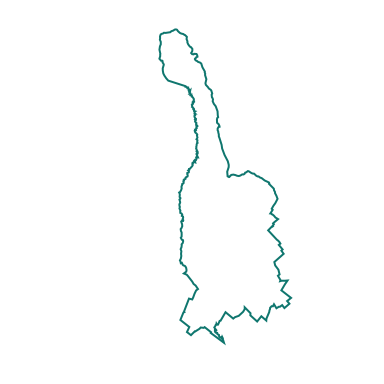 Paunesti, Vrancea, Romania, rotated 56°
{"feature_id": "2599482B39426936483061", "entity_name": "Paunesti", "entity_type": "district", "adm_level": 2, "iso_a3": "ROU", "parent_name": "Romania", "parent_adm1": "Vrancea", "projection": "robinson", "projection_center": [27.063, 46.027], "detail": "fine", "context": "isolated", "style": "outline", "palette": "teal", "viewbox_px": 384, "rotation_deg": 56, "n_neighbors": 0, "source": "geoboundaries", "source_scale": "gbopen_adm2", "svg_char_len": 6094}
<svg xmlns="http://www.w3.org/2000/svg" viewBox="0 0 384 384"><g transform="rotate(56 192 192)"><path d="M339.1,173.7L335.6,174.1L335.2,169.1L323.5,172.9L320.5,166.6L318.8,162.3L317.4,164.8L315.7,167.3L315.2,168.8L314.5,167.9L309.5,167.6L309.3,165.5L304.7,163.8L299.4,164.1L296.1,162.9L294.5,150.6L290.6,150.7L290.3,149.0L284.4,149.6L284.2,147.6L282.2,147.5L280.1,147.9L279.1,148.3L266.4,150.3L265.3,145.0L265.7,144.8L265.6,143.9L265.1,143.9L264.5,142.2L263.4,142.4L263.2,141.8L262.6,135.8L259.8,137.1L257.5,137.3L255.5,137.9L255.1,138.3L254.0,138.5L253.6,139.0L251.9,135.1L250.5,135.3L248.9,132.1L247.9,129.3L245.5,124.9L242.2,124.1L239.4,123.8L238.5,123.2L236.4,123.0L235.0,122.3L228.3,123.6L228.0,123.0L227.1,122.9L223.1,125.3L219.4,126.5L218.1,127.5L216.3,128.1L215.9,128.8L214.6,129.6L211.5,130.3L210.7,131.3L209.6,132.1L206.5,133.4L205.9,134.0L206.0,136.2L205.7,137.1L206.3,138.2L206.3,139.4L205.5,140.5L205.4,142.7L205.0,144.2L203.7,145.6L202.3,146.5L200.7,148.0L199.8,149.9L200.2,151.7L199.9,152.4L200.4,152.8L200.3,153.0L198.9,153.7L194.9,151.5L191.9,147.7L190.1,146.4L186.5,145.1L179.5,144.3L174.1,143.0L172.8,142.7L169.5,141.1L162.5,139.0L161.0,138.7L159.1,137.5L157.5,137.0L156.4,136.4L155.1,136.2L153.7,135.2L152.8,133.3L153.3,132.7L152.9,132.4L150.8,132.0L148.6,132.5L145.7,130.7L144.8,129.7L144.6,128.5L142.9,127.8L139.4,125.7L134.2,124.4L131.1,124.6L128.3,124.1L127.1,122.9L125.8,122.5L124.6,122.5L122.3,121.3L121.7,120.2L118.8,119.3L117.8,119.3L115.5,120.2L114.3,120.1L110.9,120.6L109.3,120.0L106.5,117.0L102.4,115.8L101.1,114.8L100.0,114.6L99.3,114.0L94.4,113.6L90.7,112.5L89.1,113.0L87.6,114.2L86.4,114.5L85.0,115.3L83.9,115.4L83.4,115.3L83.1,114.9L83.0,113.5L82.7,113.2L82.9,111.8L81.5,111.2L80.1,111.1L78.6,113.0L78.8,113.7L77.8,114.8L76.3,115.0L75.6,113.4L75.0,112.7L73.6,111.7L71.4,111.8L71.1,112.2L69.7,112.5L67.5,112.6L65.4,112.2L64.5,111.5L62.2,111.0L60.5,109.5L58.0,110.0L57.6,110.4L56.3,110.8L54.5,112.4L53.3,113.1L50.8,113.7L49.1,113.7L48.2,114.4L47.7,115.5L47.7,117.3L47.2,119.0L47.2,119.8L47.4,120.6L45.3,125.0L44.3,126.2L44.4,127.3L43.9,128.8L43.9,129.9L45.1,131.5L46.9,132.6L47.8,133.5L50.0,133.9L52.1,135.3L53.3,137.1L55.8,139.4L59.8,141.0L60.2,141.5L61.6,142.4L63.3,144.5L65.9,144.2L66.6,143.2L67.0,143.2L68.3,144.0L69.4,143.9L70.7,144.2L73.1,147.1L75.2,148.4L77.7,149.5L80.1,149.8L83.4,149.8L86.4,149.4L100.5,138.3L101.1,138.6L101.5,137.9L102.5,137.6L103.0,137.0L103.6,137.8L104.3,137.4L104.3,137.0L106.2,137.2L106.1,138.0L106.4,138.1L107.0,137.7L106.8,136.7L107.7,137.6L107.8,138.4L108.9,138.2L109.2,139.1L109.6,138.6L110.6,138.7L110.9,138.0L111.2,138.2L111.3,139.0L112.2,138.3L112.9,138.8L113.3,138.5L114.6,138.4L116.1,138.5L117.3,139.8L117.9,139.5L118.4,139.8L118.4,140.6L118.0,140.5L117.8,141.1L118.4,141.6L118.9,141.2L119.6,142.2L119.5,143.1L119.6,143.4L121.2,143.9L121.5,144.4L122.2,144.1L124.3,143.9L124.8,144.2L124.6,144.6L125.4,144.6L126.0,145.0L126.9,144.3L126.9,145.1L128.4,145.7L129.1,145.5L128.8,146.2L130.1,146.5L130.1,147.2L131.0,147.9L132.7,148.0L132.8,148.3L133.4,148.6L133.3,147.9L133.6,147.8L134.4,148.5L134.0,149.2L134.9,149.4L135.4,150.1L137.1,149.8L137.2,150.1L137.9,150.3L138.1,150.7L138.6,150.7L139.0,151.1L139.9,150.6L140.4,150.6L140.5,151.0L140.0,151.5L141.3,152.6L141.7,152.5L142.0,153.7L142.7,154.0L142.2,154.6L142.5,154.7L142.7,155.5L143.3,155.7L144.0,155.6L144.4,156.0L146.4,155.5L147.5,155.6L147.9,156.3L150.0,157.1L150.8,158.8L152.1,158.5L153.5,159.8L154.4,159.9L154.4,160.6L155.2,161.6L156.2,162.3L157.0,163.3L157.9,163.7L158.3,164.3L159.8,164.5L160.3,164.8L160.8,165.5L161.2,165.4L161.4,164.8L162.0,164.9L163.1,165.7L162.7,166.6L163.0,167.1L164.4,167.1L165.2,168.3L166.2,167.6L166.7,167.7L165.9,168.7L166.0,169.5L167.0,169.7L167.8,170.9L167.7,171.2L168.0,171.8L167.1,171.9L167.3,172.7L168.7,172.6L169.3,172.8L168.7,173.3L167.9,173.4L168.2,174.2L168.1,175.1L169.0,175.4L169.0,176.1L170.2,176.5L170.7,177.4L171.6,181.0L171.3,181.5L172.2,182.0L172.2,182.3L171.9,182.6L172.0,183.0L172.3,182.8L173.6,183.3L173.9,183.7L173.9,184.3L173.6,185.3L174.6,186.0L175.6,186.1L176.6,187.0L176.4,189.0L176.7,189.6L177.4,189.9L177.4,191.2L177.2,191.4L177.4,192.2L178.2,192.4L178.3,193.2L179.8,193.8L180.1,195.1L179.9,195.7L180.9,196.5L181.2,197.1L181.9,197.9L183.2,198.5L184.4,200.0L185.4,202.0L185.2,202.7L185.3,203.0L185.8,202.9L187.6,203.7L188.8,204.8L189.4,205.1L190.6,205.0L191.1,205.7L191.2,206.6L193.8,207.5L194.3,207.9L195.1,209.3L196.6,210.2L197.6,210.4L198.6,211.6L200.9,212.0L201.2,212.4L202.8,213.4L204.0,212.7L205.2,212.7L206.1,213.8L207.3,213.2L208.5,213.8L209.2,214.9L210.5,215.0L211.0,215.6L210.8,215.9L210.0,216.0L210.5,217.5L213.1,218.2L214.9,219.2L216.0,220.8L216.4,222.1L218.2,223.0L219.7,223.2L221.4,224.3L223.2,225.6L223.7,226.9L225.9,227.1L226.9,226.4L227.8,226.8L229.1,228.2L229.6,229.9L230.7,230.5L232.2,231.9L232.4,232.5L233.1,233.4L235.1,233.9L237.2,235.7L239.0,236.6L240.9,238.4L242.0,240.3L243.2,240.4L244.8,241.1L245.1,240.0L247.1,240.4L248.0,240.2L249.2,239.3L250.1,239.1L251.7,239.3L253.7,240.2L254.8,241.3L255.0,244.3L257.6,242.6L259.1,242.4L266.4,241.9L269.1,242.1L271.6,241.3L275.8,241.3L275.9,243.6L277.7,246.7L280.1,250.0L281.2,251.9L278.7,254.1L286.4,265.1L286.7,265.5L287.3,265.5L287.1,266.5L291.6,273.2L302.4,269.7L305.3,274.5L310.1,272.9L309.1,267.7L309.4,267.6L309.6,262.2L309.2,260.6L311.2,258.2L311.1,257.1L318.9,254.6L319.3,255.3L334.9,249.8L331.9,248.9L331.1,249.0L330.7,248.3L330.0,248.2L330.5,248.6L330.2,249.0L329.4,249.3L328.8,249.0L328.9,249.5L328.7,249.7L327.7,250.1L326.7,250.2L325.6,249.6L324.1,250.4L322.9,249.9L322.2,250.8L321.1,251.1L320.5,250.9L320.6,250.3L320.2,249.1L318.8,249.2L318.7,249.8L318.0,249.3L316.7,249.2L316.3,247.9L315.5,246.8L315.2,245.7L314.9,245.4L316.0,245.5L316.5,244.6L314.3,241.1L314.7,240.3L310.4,231.4L320.0,228.6L319.8,226.3L320.8,222.5L319.9,216.6L318.6,213.8L317.1,212.8L325.2,211.3L326.9,212.6L335.8,210.4L333.8,204.0L340.1,202.3L338.6,201.1L334.7,195.1L333.5,194.0L332.7,192.8L331.7,192.0L331.2,189.9L332.0,188.8L330.9,186.8L335.6,187.0L335.7,184.1L336.3,183.3L336.2,180.5L339.9,180.3L339.1,173.7Z" fill="none" stroke="#0f766e" stroke-width="2"/></g></svg>